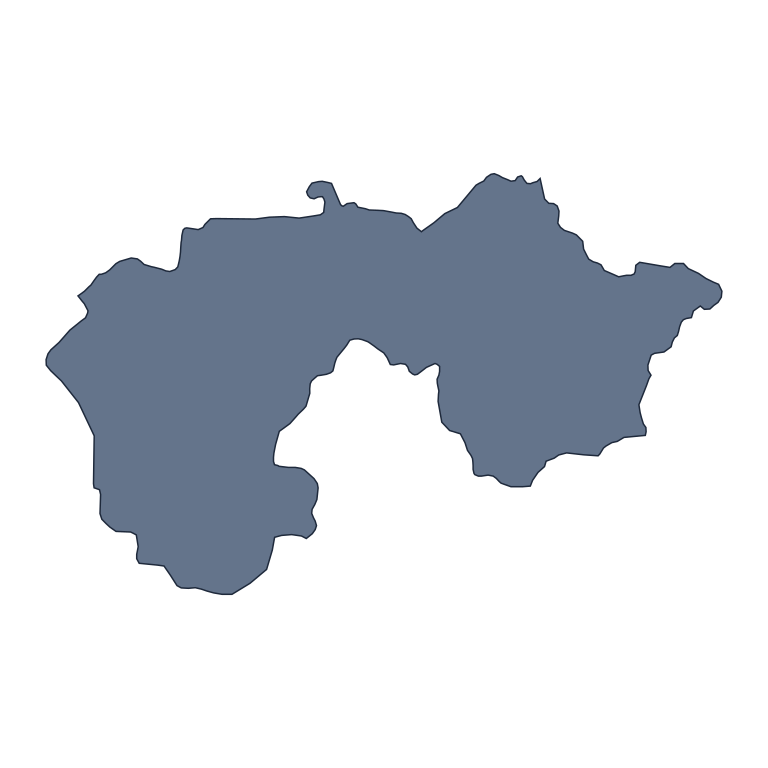 outline of Bozoum, Ouham-Pendé, Central African Republic
{"feature_id": "33826404B23266852289650", "entity_name": "Bozoum", "entity_type": "district", "adm_level": 2, "iso_a3": "CAF", "parent_name": "Central African Republic", "parent_adm1": "Ouham-Pendé", "projection": "albers", "projection_center": [16.413, 6.229], "detail": "fine", "context": "isolated", "style": "filled", "palette": "slate", "viewbox_px": 768, "rotation_deg": 0, "n_neighbors": 0, "source": "geoboundaries", "source_scale": "gbopen_adm2", "svg_char_len": 4352}
<svg xmlns="http://www.w3.org/2000/svg" viewBox="0 0 768 768"><path d="M139.2,563.3L157.6,565.1L164.0,566.0L170.3,575.1L177.0,585.6L181.2,587.9L188.4,588.3L195.3,587.7L201.6,589.2L206.8,591.0L213.7,592.9L222.0,594.3L232.0,594.3L250.0,583.3L266.6,569.4L272.3,550.1L274.6,537.3L281.6,535.4L291.7,534.6L301.5,536.0L306.3,538.5L312.3,533.7L315.2,529.6L316.5,525.6L315.2,521.1L313.5,517.8L311.7,513.4L312.1,509.3L314.8,504.5L316.9,499.5L318.1,487.9L317.3,483.5L314.0,478.6L304.4,469.9L301.2,468.4L295.2,467.4L290.6,467.4L288.3,467.4L279.1,466.3L277.8,465.5L274.5,464.7L273.5,461.4L273.5,457.2L273.9,453.1L275.6,444.4L279.3,431.3L281.0,430.1L289.9,423.6L295.8,417.0L298.1,414.3L303.5,409.1L306.0,406.2L309.8,393.3L309.7,388.8L310.2,383.8L311.6,380.9L314.6,378.2L317.5,375.7L320.6,375.3L326.4,374.3L330.6,372.8L332.9,370.9L333.8,367.4L334.8,363.1L335.8,360.1L336.9,357.3L341.0,352.3L344.0,348.7L346.7,345.2L349.8,340.2L354.0,339.0L358.2,338.8L362.1,339.6L367.8,341.7L369.4,342.7L374.2,346.1L377.8,348.9L383.8,352.9L387.2,357.7L390.3,364.5L393.7,364.9L400.5,363.5L405.5,364.3L407.8,367.0L409.3,371.3L412.6,374.0L414.7,374.9L417.4,374.3L421.4,371.3L426.4,367.4L435.0,363.5L437.1,364.3L439.6,366.4L439.6,368.5L439.6,371.4L438.9,375.1L437.1,379.2L437.3,383.2L437.9,386.3L438.9,391.0L438.5,394.0L438.1,401.4L441.8,422.2L449.6,430.5L460.4,433.8L465.0,442.7L467.5,450.4L471.0,455.4L472.5,458.5L472.9,462.0L473.1,465.7L473.1,469.4L474.0,473.4L474.8,474.6L478.3,476.1L481.5,476.1L488.1,475.1L493.2,476.1L496.3,478.4L499.2,481.5L501.1,483.2L510.9,486.7L522.8,486.7L530.3,486.1L532.6,480.3L538.0,472.4L544.5,466.6L546.1,461.2L554.3,458.1L558.7,455.0L566.6,452.9L583.7,454.8L598.1,455.8L599.8,454.0L603.5,448.0L606.2,445.9L611.9,442.6L617.3,441.4L624.0,437.4L645.3,435.4L646.1,431.8L645.9,427.5L643.4,424.0L641.5,417.9L640.1,412.5L638.9,404.7L646.4,385.8L648.9,378.8L651.0,375.2L648.1,370.5L647.9,365.1L651.2,355.1L654.6,353.3L664.0,352.0L671.1,346.8L672.3,342.1L674.4,337.9L677.3,335.5L678.6,331.3L679.6,326.8L681.3,322.2L683.4,319.7L686.3,318.5L691.4,317.6L693.4,311.0L700.3,306.0L704.3,309.3L709.9,309.0L713.8,305.4L718.0,302.4L721.3,297.2L721.9,291.2L718.6,284.3L713.5,282.2L706.0,278.5L698.5,273.4L688.3,268.6L683.5,263.5L674.8,263.5L670.0,267.4L660.7,265.9L639.7,262.3L635.8,265.3L635.2,271.7L634.0,274.1L632.2,274.7L631.3,275.3L626.5,275.3L623.2,275.9L618.7,276.8L613.3,274.4L604.3,270.5L601.0,264.8L597.4,263.0L593.2,261.8L588.7,259.1L586.6,255.1L583.6,249.1L582.7,241.3L576.4,234.9L572.5,233.1L564.4,230.4L560.5,227.4L557.8,223.2L558.7,216.2L559.0,211.1L557.2,206.0L553.6,203.6L548.8,203.3L544.6,199.0L540.1,178.5L537.1,181.5L532.9,182.7L530.5,183.7L526.9,183.4L524.2,180.0L522.4,176.7L521.2,175.8L517.6,177.0L515.2,180.6L511.0,181.2L507.7,179.7L502.4,177.6L498.8,175.5L494.3,173.7L491.0,174.3L486.5,177.3L483.8,181.0L479.0,183.4L476.0,185.2L457.4,207.5L444.8,213.6L433.7,222.9L423.8,229.9L421.4,231.7L416.9,228.1L413.3,222.6L411.2,218.7L408.5,216.6L405.2,214.5L401.3,213.3L396.2,213.0L391.7,212.1L383.4,210.6L377.4,210.3L369.3,210.0L365.4,208.7L357.9,207.2L355.8,203.9L354.0,202.7L347.1,203.6L343.2,206.3L341.7,205.7L340.5,204.5L331.5,183.4L327.9,182.5L322.2,181.3L318.6,181.6L312.0,183.1L309.3,186.7L306.6,191.8L307.8,195.2L310.2,197.9L314.1,198.8L318.0,197.0L320.7,196.7L322.5,196.7L324.0,199.1L324.9,202.1L324.0,209.3L323.7,212.4L320.4,214.8L313.2,216.0L299.1,218.1L284.4,216.6L269.4,217.2L255.6,219.0L252.6,219.0L216.6,218.6L210.5,218.8L204.9,224.4L203.0,227.5L198.2,229.6L193.0,228.8L188.2,228.1L186.7,227.9L184.8,228.3L183.1,230.0L181.9,235.4L181.5,240.4L181.1,242.5L180.7,248.3L180.5,252.0L180.0,256.5L179.2,261.1L177.8,266.9L175.2,269.6L169.8,271.5L165.8,270.9L161.7,269.2L153.9,267.2L151.4,266.7L147.5,265.5L144.1,264.5L140.6,261.2L137.4,258.9L131.2,258.0L119.7,261.4L115.9,263.7L109.7,269.9L105.7,272.8L101.3,274.3L99.2,274.3L96.5,277.2L93.8,280.9L90.9,285.1L89.0,286.7L84.4,291.3L78.0,295.9L82.0,301.0L84.3,303.7L88.0,310.8L87.6,313.1L85.5,317.8L80.9,321.2L76.1,325.1L69.9,330.1L59.0,342.5L50.9,349.8L48.0,353.8L46.1,359.6L46.3,365.2L50.7,370.7L55.7,375.5L61.4,380.9L78.5,402.6L94.2,435.8L93.5,483.7L94.1,487.8L99.5,489.7L100.6,494.5L100.0,513.6L101.8,519.2L106.0,523.5L110.0,527.2L116.0,531.4L120.6,531.6L130.6,532.0L133.1,533.2L136.3,534.9L138.2,546.7L136.7,554.4L136.7,558.7L139.2,563.3Z" fill="#64748b" stroke="#1e293b" stroke-width="1.5"/></svg>